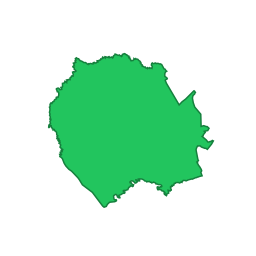 Pathum Rat, Roi Et, Thailand, rotated 135°
{"feature_id": "78962969B53925020566398", "entity_name": "Pathum Rat", "entity_type": "district", "adm_level": 2, "iso_a3": "THA", "parent_name": "Thailand", "parent_adm1": "Roi Et", "projection": "equal_earth", "projection_center": [103.363, 15.626], "detail": "fine", "context": "isolated", "style": "filled", "palette": "green", "viewbox_px": 256, "rotation_deg": 135, "n_neighbors": 0, "source": "geoboundaries", "source_scale": "gbopen_adm2", "svg_char_len": 5816}
<svg xmlns="http://www.w3.org/2000/svg" viewBox="0 0 256 256"><g transform="rotate(135 128 128)"><path d="M149.1,55.2L148.7,53.0L148.0,53.2L147.6,54.0L145.2,53.2L143.7,55.6L143.0,54.6L142.9,53.7L141.8,53.8L141.5,53.5L141.0,53.8L140.3,55.6L139.5,56.3L139.3,55.8L138.0,56.3L137.9,55.8L137.5,56.0L137.4,55.5L136.4,55.7L136.1,55.2L134.4,56.1L134.2,55.7L133.5,55.4L132.8,55.6L132.5,55.3L131.0,54.0L130.5,52.7L129.8,52.4L129.5,52.5L129.1,52.1L128.6,52.2L128.3,51.6L128.0,52.1L127.4,51.7L126.0,51.9L124.5,50.3L124.4,49.6L121.9,48.6L119.0,46.9L118.6,46.3L115.6,45.2L114.5,44.4L113.3,44.1L112.9,43.9L112.8,43.6L111.9,43.3L109.4,41.8L107.9,45.1L106.2,45.6L105.5,46.9L104.7,50.0L104.5,51.7L103.8,54.1L103.4,54.2L103.4,55.3L101.3,55.1L100.8,56.4L95.3,64.5L93.7,65.4L91.6,66.1L89.7,64.4L89.5,64.0L89.6,62.8L88.1,59.4L87.3,58.5L87.0,56.8L80.4,57.5L76.8,58.5L77.2,59.6L78.9,59.7L79.2,60.3L80.7,60.9L81.4,61.6L81.1,64.2L81.5,69.6L80.4,69.4L79.3,70.0L76.5,70.3L76.4,71.7L73.4,69.8L70.9,70.5L71.0,73.0L71.7,73.8L72.8,76.1L75.2,77.4L66.8,86.3L66.0,95.6L64.0,99.7L61.3,103.6L59.1,105.0L56.9,104.9L55.8,105.5L55.3,105.4L54.9,106.7L55.0,107.6L55.4,107.7L66.8,107.7L71.2,108.3L75.5,108.2L69.2,132.5L67.9,135.5L66.8,135.5L65.9,135.0L65.1,135.4L65.2,137.2L65.5,138.4L63.6,140.4L61.8,141.1L60.5,140.8L60.6,141.7L60.2,143.4L60.7,144.3L59.3,149.1L59.8,150.5L60.3,150.7L61.0,152.4L61.5,152.8L61.8,153.3L62.2,153.3L62.8,154.2L62.8,154.8L63.9,155.1L64.7,155.7L64.7,156.5L65.1,156.4L65.5,156.9L66.6,156.3L67.2,155.6L67.1,154.6L67.4,154.2L69.0,153.2L69.3,154.2L70.0,154.7L70.1,155.2L70.6,154.9L70.9,155.8L71.5,156.1L71.6,156.7L72.2,156.3L72.4,157.1L72.9,157.5L72.7,159.0L73.2,159.1L73.8,161.0L74.3,161.5L73.5,162.0L73.3,162.6L73.8,163.3L73.1,164.5L73.3,165.3L72.6,165.3L72.3,166.8L72.6,168.0L72.5,169.8L73.5,170.8L73.4,171.6L74.4,171.6L74.7,172.9L75.4,172.2L76.9,172.2L77.6,173.1L78.3,173.3L78.2,174.1L77.5,175.2L77.8,175.8L77.8,176.6L76.9,176.8L77.4,177.6L76.6,178.1L77.4,180.0L77.0,180.6L77.7,181.7L77.6,182.5L77.9,183.1L78.3,183.4L78.8,183.3L79.8,184.0L80.6,183.5L81.3,183.8L81.6,183.1L82.0,183.1L82.1,184.1L82.5,184.6L82.4,185.7L83.7,186.4L84.5,188.8L84.9,189.4L85.5,189.0L87.3,189.2L88.6,188.4L89.0,189.3L89.5,188.9L89.6,189.8L91.0,190.6L90.9,191.9L91.4,192.1L91.5,191.4L91.8,191.3L92.0,192.2L92.9,192.7L93.0,193.3L93.7,194.5L94.4,193.8L94.4,194.7L95.4,194.7L95.8,196.1L96.5,195.8L96.7,195.2L98.0,195.6L98.4,196.1L99.1,195.6L100.0,195.8L100.3,196.3L101.2,196.2L102.2,197.3L102.8,196.0L103.4,196.6L104.5,196.5L105.1,196.9L105.4,198.2L106.3,198.7L106.5,197.9L106.9,197.8L107.8,198.5L108.9,200.2L109.5,200.6L110.1,200.6L110.5,201.4L111.3,201.1L111.6,202.0L111.5,202.9L111.8,204.4L113.1,205.7L113.1,207.1L113.5,207.6L113.6,208.3L114.3,209.3L114.1,210.1L114.3,210.8L113.9,211.9L114.5,212.4L114.9,214.2L116.4,214.2L116.7,212.8L117.0,212.6L118.0,212.9L118.5,211.4L119.3,211.9L120.1,211.5L120.5,212.4L120.8,212.5L121.1,211.2L121.8,210.7L122.0,209.9L123.2,210.5L123.6,210.4L123.8,209.9L123.5,208.4L124.5,207.6L124.3,205.5L124.6,205.0L126.3,205.5L126.6,206.3L127.7,206.7L129.1,204.2L129.8,204.0L130.2,203.5L130.5,203.7L130.7,204.5L131.6,204.6L132.5,204.0L133.2,204.4L133.8,204.3L134.7,203.1L135.6,204.2L137.3,205.3L137.4,204.3L138.6,204.5L139.3,203.5L139.5,204.0L139.5,205.6L141.3,204.9L142.8,205.9L145.1,203.5L145.8,203.4L146.6,204.2L146.9,204.1L147.2,202.4L147.5,202.1L149.2,203.3L148.8,204.8L149.2,205.7L150.8,206.4L151.3,206.0L151.8,204.5L152.4,203.7L151.8,202.6L152.1,201.9L153.6,200.3L155.7,199.2L156.3,200.1L157.1,200.4L157.9,199.3L159.6,199.8L160.7,199.7L161.5,199.2L162.7,199.7L164.5,199.2L164.6,200.1L165.1,200.3L166.6,199.7L167.9,198.2L168.8,198.3L169.3,197.1L170.6,195.8L172.5,194.6L173.3,192.9L174.4,192.5L174.8,191.2L175.4,190.4L176.4,189.9L176.3,189.0L177.0,189.2L177.1,188.2L178.5,187.9L179.6,186.0L181.8,186.0L183.6,184.6L183.6,184.2L183.3,184.1L182.3,184.5L182.3,184.9L181.4,184.8L180.7,184.0L181.7,182.8L181.6,181.8L182.1,181.0L181.8,180.2L182.3,179.6L181.4,179.4L181.2,179.0L181.8,178.1L181.4,176.5L181.9,175.0L183.2,173.6L183.2,172.0L184.3,172.1L184.6,171.0L185.6,171.1L185.8,170.5L185.6,169.9L184.7,169.7L184.5,169.4L184.9,168.8L185.5,169.0L186.3,168.7L186.4,167.6L185.3,167.9L185.3,167.1L186.1,166.5L186.3,165.9L187.1,166.2L187.6,166.0L187.3,164.6L187.6,163.5L189.0,163.0L189.3,162.3L189.7,162.2L189.5,161.2L190.0,160.5L189.3,159.3L189.4,158.8L190.4,158.6L190.9,159.2L191.3,159.3L191.7,158.4L191.1,158.4L191.3,157.8L193.0,158.8L193.4,158.5L193.8,157.2L193.5,156.5L193.6,156.3L194.0,156.1L194.3,157.0L195.0,157.6L195.5,156.4L196.4,156.0L196.0,154.3L196.1,152.7L198.1,148.1L198.8,145.1L199.0,140.6L198.4,137.4L198.6,128.3L199.0,125.8L200.4,120.1L198.7,107.7L201.1,90.7L200.9,88.9L198.8,87.9L196.5,88.6L193.5,88.5L189.4,85.2L187.7,84.7L187.2,85.1L187.1,85.7L188.2,86.6L188.1,87.8L186.3,90.1L185.7,90.3L183.7,89.8L183.4,89.4L183.4,88.2L184.2,86.7L183.9,85.3L183.2,84.4L182.7,84.7L182.4,86.7L181.9,86.8L180.2,85.9L177.7,85.4L176.9,84.5L176.0,84.4L175.7,85.0L176.1,86.4L175.6,87.0L174.8,86.7L173.9,85.3L173.1,85.4L171.8,84.5L169.6,85.4L168.0,85.1L166.8,85.3L166.2,83.4L165.7,83.2L164.2,83.9L164.8,84.9L164.8,86.1L164.4,86.8L165.2,87.6L164.9,88.4L164.1,88.5L162.7,88.0L162.2,87.3L161.8,85.9L162.1,84.4L161.7,83.8L160.7,83.4L159.6,83.4L159.2,84.2L159.4,85.4L159.1,85.8L158.7,85.4L158.5,83.7L157.2,82.4L156.6,83.0L157.0,84.1L156.9,84.6L156.1,84.2L154.3,82.1L153.6,80.4L153.6,78.7L152.9,77.9L152.8,76.5L151.8,76.3L151.3,75.4L150.6,75.1L150.6,73.8L150.0,73.3L150.1,72.4L149.0,71.8L148.2,71.7L147.4,69.6L147.8,68.7L146.9,67.6L146.6,66.6L145.2,65.1L144.9,64.2L145.0,63.3L145.5,62.7L145.9,62.7L146.8,63.8L147.7,63.4L148.6,64.1L148.3,65.2L148.9,65.6L149.7,65.1L150.6,63.4L150.3,62.9L149.5,62.7L148.2,60.5L148.5,59.7L147.6,58.2L147.5,56.3L147.9,56.0L148.5,56.3L148.5,55.3L149.1,55.2Z" fill="#22c55e" stroke="#15803d" stroke-width="1.5"/></g></svg>